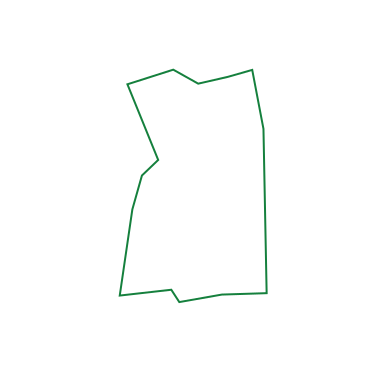 the border of Saint Thomas Middle Island, rotated 237°
{"feature_id": "KNA-5111", "entity_name": "Saint Thomas Middle Island", "entity_type": "Parish", "adm_level": 1, "iso_a3": "KNA", "parent_name": "Saint Kitts and Nevis", "parent_adm1": "", "projection": "orthographic", "projection_center": [-62.788, 17.332], "detail": "fine", "context": "isolated", "style": "outline", "palette": "green", "viewbox_px": 384, "rotation_deg": 237, "n_neighbors": 0, "source": "natural_earth", "source_scale": "10m", "svg_char_len": 343}
<svg xmlns="http://www.w3.org/2000/svg" viewBox="0 0 384 384"><g transform="rotate(237 192 192)"><path d="M261.6,309.0L206.0,286.3L66.5,199.5L89.7,161.2L106.6,121.4L121.3,121.4L144.5,75.0L209.9,132.5L233.1,159.0L237.3,181.1L317.5,196.5L304.8,242.9L279.5,256.2L269.0,284.9L261.6,309.0Z" fill="none" stroke="#15803d" stroke-width="2"/></g></svg>